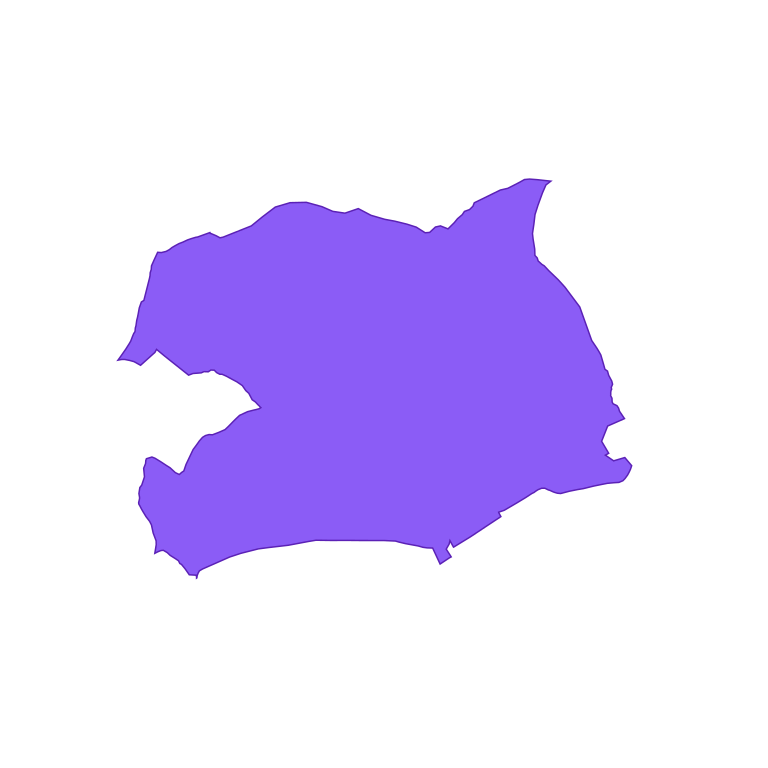 San Martín Totoltepec, Puebla, Mexico (Mercator projection), rotated 23°
{"feature_id": "50627088B50447726374010", "entity_name": "San Martín Totoltepec", "entity_type": "district", "adm_level": 2, "iso_a3": "MEX", "parent_name": "Mexico", "parent_adm1": "Puebla", "projection": "mercator", "projection_center": [-98.357, 18.658], "detail": "fine", "context": "isolated", "style": "filled", "palette": "violet", "viewbox_px": 768, "rotation_deg": 23, "n_neighbors": 0, "source": "geoboundaries", "source_scale": "gbopen_adm2", "svg_char_len": 3770}
<svg xmlns="http://www.w3.org/2000/svg" viewBox="0 0 768 768"><g transform="rotate(23 384 384)"><path d="M287.5,635.6L286.9,633.4L286.8,630.6L287.1,628.1L289.4,625.0L299.2,614.6L309.5,603.6L318.4,595.8L332.7,584.9L341.9,579.5L358.8,569.9L375.8,558.6L382.4,554.4L396.6,548.6L411.3,542.3L425.3,536.5L445.1,528.1L455.9,524.1L459.3,523.7L465.9,522.6L478.9,519.7L483.7,519.1L487.7,518.0L492.9,516.0L506.0,527.8L512.1,518.5L513.4,516.9L513.0,516.6L505.8,511.7L506.5,505.9L505.9,502.4L511.7,507.0L512.0,506.7L522.7,491.7L523.0,491.3L523.2,491.0L533.4,475.5L533.6,475.2L543.4,460.4L539.9,457.6L539.6,457.2L541.3,455.7L544.0,453.3L548.4,447.4L553.0,441.2L554.8,438.7L558.7,433.3L561.3,429.4L563.0,426.9L564.5,425.2L565.4,423.6L567.0,421.2L569.8,418.4L572.8,417.1L576.7,417.3L578.3,417.1L582.0,417.2L583.6,417.1L586.2,416.8L589.4,415.8L596.5,410.3L603.5,405.5L608.4,402.4L616.8,396.1L621.3,393.0L624.5,390.8L628.5,388.1L634.3,385.0L638.7,382.8L641.7,379.7L642.8,376.9L643.8,372.6L644.1,369.3L644.2,366.2L643.9,362.4L634.4,357.6L625.4,365.0L615.6,363.0L617.9,360.0L606.7,351.7L606.3,335.3L618.9,321.9L611.5,317.1L609.3,314.5L606.9,312.9L604.5,312.8L602.6,312.7L601.1,311.5L600.4,310.1L599.4,308.0L597.2,306.2L596.6,304.4L596.2,303.8L595.5,301.3L595.6,299.9L594.5,298.3L594.5,294.9L592.5,292.3L587.4,288.2L584.7,284.8L581.6,284.1L578.9,280.7L572.3,272.6L569.1,270.1L565.9,267.8L558.2,262.8L534.1,236.6L512.6,224.1L503.7,220.0L491.4,215.3L485.3,212.6L482.6,212.2L477.8,210.5L475.8,208.1L472.7,206.7L470.0,200.9L464.6,192.3L461.9,187.5L459.5,178.3L456.8,169.0L455.9,159.4L455.2,146.1L455.3,137.5L458.3,132.1L445.0,136.1L437.9,138.5L433.4,140.9L430.0,145.3L425.2,151.1L421.5,155.5L415.3,160.0L396.3,181.9L396.4,185.6L394.6,190.0L390.6,193.7L389.9,197.5L387.1,203.1L385.7,207.9L382.3,216.2L374.2,216.4L370.0,219.4L366.8,226.6L362.8,228.7L352.4,227.0L342.7,227.9L330.3,229.9L320.4,232.1L306.1,233.8L291.8,232.6L281.3,242.0L269.4,245.1L257.6,245.0L241.6,247.1L226.7,253.8L214.8,263.6L206.7,277.8L200.1,290.3L178.5,311.7L175.9,313.5L171.5,313.1L165.7,313.1L165.3,313.3L164.6,312.6L154.9,321.6L153.4,322.5L149.9,325.4L146.9,328.1L145.2,330.0L143.5,331.9L140.4,334.9L137.7,338.3L135.6,341.1L133.9,344.2L131.6,347.1L127.7,350.0L124.2,351.2L123.9,359.8L123.8,366.1L125.0,369.5L125.3,372.9L126.3,375.7L126.8,378.2L130.3,400.9L128.6,403.3L129.0,409.6L130.3,415.3L131.1,419.2L131.5,422.0L132.9,427.2L133.2,429.6L134.1,432.3L134.3,433.4L133.9,435.2L133.9,438.4L134.1,443.4L133.7,446.6L132.7,452.7L130.8,461.6L129.8,466.0L132.8,464.0L135.8,462.7L140.6,461.7L145.2,461.1L152.6,461.9L160.8,444.4L161.1,441.0L171.5,444.1L200.7,452.2L204.0,449.0L211.5,445.1L213.4,443.0L217.5,441.4L219.2,438.8L222.4,437.6L225.4,438.9L229.0,439.2L231.2,438.3L235.8,438.4L242.0,439.0L247.7,439.5L254.2,440.8L259.4,444.1L263.2,445.4L268.8,450.0L272.7,450.8L276.0,452.3L277.7,452.9L278.4,453.3L279.9,453.9L278.8,455.5L276.4,457.4L273.9,459.2L269.2,462.8L263.3,469.3L261.0,474.6L259.7,477.8L258.7,480.4L257.2,484.2L255.5,488.1L250.7,493.2L245.9,497.8L242.7,498.9L239.8,501.2L237.8,504.0L236.3,508.5L235.7,511.3L235.0,514.4L233.9,518.8L233.2,535.4L233.7,542.3L232.3,544.4L230.9,547.3L226.5,547.1L219.8,544.7L215.4,544.0L212.7,543.5L208.9,542.8L202.2,541.8L198.9,541.9L194.5,545.6L194.6,547.4L195.6,550.4L195.7,555.5L199.8,563.1L200.5,571.7L199.7,574.7L201.2,580.6L203.3,583.9L203.8,585.2L204.1,586.8L204.5,589.1L205.2,590.3L207.4,592.0L209.4,593.7L212.2,595.8L216.8,599.1L221.9,602.0L225.0,604.6L227.6,608.3L229.7,611.3L235.5,617.4L237.1,620.9L239.2,629.4L241.3,626.9L243.7,624.5L245.8,623.3L250.4,623.9L254.1,625.3L259.8,626.2L263.9,627.0L266.2,629.0L267.2,629.1L268.1,629.2L269.8,630.1L272.9,631.7L279.3,635.7L285.8,633.4L286.9,634.9L287.3,635.9L287.5,635.6Z" fill="#8b5cf6" stroke="#5b21b6" stroke-width="1.5"/></g></svg>